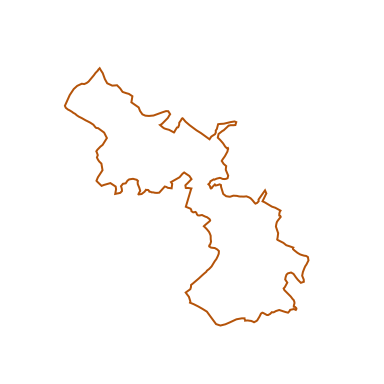 the district of Dikirnis, Ad Daqahliyah, Egypt, rotated 224°
{"feature_id": "37247803B48136170412055", "entity_name": "Dikirnis", "entity_type": "district", "adm_level": 2, "iso_a3": "EGY", "parent_name": "Egypt", "parent_adm1": "Ad Daqahliyah", "projection": "equal_earth", "projection_center": [31.667, 31.093], "detail": "fine", "context": "isolated", "style": "outline", "palette": "amber", "viewbox_px": 384, "rotation_deg": 224, "n_neighbors": 0, "source": "geoboundaries", "source_scale": "gbopen_adm2", "svg_char_len": 5658}
<svg xmlns="http://www.w3.org/2000/svg" viewBox="0 0 384 384"><g transform="rotate(224 192 192)"><path d="M344.4,216.9L344.4,214.9L344.1,214.1L344.1,212.5L344.1,210.6L343.7,207.8L343.1,199.5L343.5,197.2L344.5,194.8L346.5,193.3L348.3,188.6L348.6,183.9L347.3,176.8L343.9,167.4L343.3,165.7L341.3,164.9L338.2,165.2L337.2,165.6L335.5,166.0L333.5,166.4L332.8,166.4L330.1,167.1L328.4,167.1L325.7,167.6L322.6,168.6L318.2,169.7L316.7,170.2L313.4,171.2L309.7,171.9L306.6,171.5L305.6,171.5L304.9,171.9L303.9,172.7L296.5,173.7L295.3,173.3L293.1,172.5L290.7,171.7L289.0,163.8L289.4,161.1L289.4,158.7L289.4,156.7L289.1,154.8L288.1,154.4L285.4,153.1L284.4,150.8L282.3,150.0L280.0,149.5L276.9,149.5L271.5,145.5L269.9,137.2L268.8,134.4L268.5,133.7L267.5,133.6L264.1,133.6L262.1,133.6L261.3,133.6L260.3,135.8L256.9,141.7L250.7,142.9L248.5,141.2L245.9,137.3L244.4,139.5L244.0,140.0L243.0,141.6L243.0,143.2L243.0,143.9L243.7,144.7L244.7,145.5L246.0,146.3L247.1,146.8L247.4,149.9L245.7,152.2L246.3,155.4L246.0,157.0L246.0,157.4L243.6,160.5L240.2,162.4L239.4,162.4L238.5,162.4L238.2,161.6L236.5,160.0L232.8,158.4L230.0,156.8L229.7,155.6L229.6,155.0L229.0,153.2L228.7,153.2L226.8,155.6L226.8,156.0L226.3,159.1L226.6,161.4L226.3,161.4L225.9,162.2L224.9,163.0L223.9,163.0L222.9,162.6L221.9,163.4L220.8,163.7L220.5,164.0L219.5,164.9L218.1,165.7L216.4,167.2L215.1,168.8L215.4,177.0L214.0,177.8L212.3,178.2L209.2,180.5L211.9,184.1L214.0,184.5L211.2,193.9L211.5,198.6L211.2,200.6L208.8,201.0L208.3,201.1L205.0,201.7L201.3,200.9L201.3,199.2L201.3,195.0L201.4,193.4L201.4,192.2L199.3,190.6L198.7,191.0L197.6,192.2L194.9,194.1L194.6,193.3L186.2,177.1L185.9,177.2L181.4,179.0L180.1,178.6L179.0,177.8L177.0,178.2L176.7,178.6L175.6,180.1L174.6,180.1L173.6,179.7L172.9,179.3L171.6,179.3L170.5,180.1L168.8,182.4L167.2,182.9L165.4,183.5L163.7,184.3L160.7,184.7L159.3,184.3L159.0,183.5L159.4,179.5L159.7,176.4L159.7,175.6L158.4,175.6L156.3,175.6L155.0,175.5L151.9,175.1L149.9,174.3L148.2,173.5L145.8,171.1L143.8,169.5L142.8,167.5L142.4,166.4L142.5,165.6L141.8,164.8L139.7,165.2L137.7,166.7L136.7,167.5L134.0,168.2L131.6,168.2L129.9,166.2L128.9,163.8L127.9,160.7L127.6,158.3L127.4,157.3L127.2,156.4L126.2,152.0L126.2,148.5L126.4,147.3L126.6,145.7L126.3,144.5L126.6,141.8L126.8,139.0L127.0,135.5L127.0,135.0L127.8,126.8L128.1,124.5L126.7,122.9L125.7,120.9L126.7,115.3L125.0,115.0L121.7,114.5L121.3,114.4L118.2,112.7L117.2,112.2L116.6,111.0L112.8,112.5L108.0,114.0L103.3,115.2L98.2,116.3L93.1,115.4L82.9,113.7L79.8,115.2L78.8,115.7L76.1,120.0L74.3,124.3L71.6,131.3L68.5,135.6L66.5,137.6L66.1,137.2L64.8,136.8L64.4,136.4L64.1,136.8L62.7,138.3L61.0,139.5L60.0,140.3L58.3,141.0L56.9,141.4L56.4,142.9L56.2,143.4L55.9,144.9L56.9,149.3L57.9,152.4L57.6,154.0L56.9,154.4L55.5,154.8L52.8,155.5L51.8,156.3L51.1,158.6L51.1,161.0L50.4,161.4L49.7,162.2L49.4,163.0L49.0,164.5L47.3,167.7L45.9,168.4L44.7,169.0L44.2,169.2L41.4,170.6L39.1,171.9L39.1,172.3L39.1,173.9L39.5,175.4L37.4,178.6L35.4,179.3L35.7,180.5L36.4,180.9L38.1,180.9L39.1,180.2L39.8,181.0L41.1,183.3L42.1,184.1L43.8,184.9L45.2,184.9L48.3,185.4L57.4,185.6L59.1,186.3L59.1,187.9L60.5,193.0L64.2,193.8L65.5,195.8L66.6,198.2L66.6,198.7L66.5,200.1L64.8,202.9L62.1,203.6L60.5,203.3L58.0,202.8L55.0,202.4L50.6,202.3L49.9,203.7L49.2,205.1L50.9,206.7L51.9,207.1L54.6,208.3L56.6,211.4L58.3,215.4L59.0,217.4L59.3,219.3L60.7,223.7L63.4,225.7L65.4,225.3L65.9,225.0L67.1,224.1L69.2,223.0L70.9,222.2L73.9,221.5L78.0,221.1L79.0,221.1L79.7,221.1L80.7,221.9L80.7,222.3L84.4,220.6L87.2,219.2L90.9,218.9L97.1,217.0L97.7,217.0L98.3,217.9L98.7,218.6L101.4,222.2L101.5,222.2L101.6,222.3L107.6,225.4L109.0,227.4L109.2,227.8L109.6,228.4L110.2,229.7L110.5,231.7L110.9,235.7L111.9,236.1L112.9,235.7L114.0,236.9L114.5,237.7L115.0,238.5L115.4,240.1L121.2,238.5L124.3,237.0L132.5,235.1L134.8,234.3L137.2,241.5L137.5,242.6L140.6,243.9L138.9,232.8L137.6,231.6L137.6,229.3L138.3,227.7L139.6,227.7L142.7,228.1L145.4,228.2L147.1,227.8L149.8,226.7L151.5,224.7L154.9,221.6L157.0,220.4L158.3,219.3L159.3,218.4L159.7,218.1L160.7,216.2L161.1,215.4L161.8,214.6L164.5,212.7L167.1,212.4L168.2,212.3L174.7,215.9L176.0,217.1L177.4,216.7L178.4,214.8L179.4,213.2L180.8,213.3L180.8,209.7L180.5,208.5L180.8,207.7L181.8,207.8L182.8,208.6L184.5,209.0L185.6,209.0L185.5,210.9L186.2,212.5L185.2,216.1L184.5,216.4L183.5,218.8L181.8,221.5L181.1,221.9L179.0,222.7L177.7,223.8L176.7,225.0L176.0,226.6L177.3,228.9L183.1,231.4L184.1,232.6L185.4,234.4L188.8,234.2L191.7,234.9L192.2,235.0L192.6,236.6L192.9,238.6L193.2,240.6L194.6,245.7L195.6,247.3L195.9,248.1L196.8,248.6L197.3,247.7L199.6,247.7L203.4,248.6L208.1,249.0L210.2,249.0L211.2,249.0L213.2,252.2L212.5,257.3L212.1,258.1L211.8,263.6L211.8,264.4L211.8,265.2L211.4,265.6L210.7,266.8L208.7,268.7L207.3,270.3L208.7,273.0L210.4,272.3L212.8,269.1L216.5,263.3L219.3,260.2L220.3,258.9L217.9,254.6L217.6,252.7L216.3,251.5L215.6,249.5L216.3,246.7L216.6,245.2L216.3,243.6L216.0,242.1L216.6,242.0L224.4,240.9L226.5,240.6L231.6,239.5L240.1,238.4L245.5,238.1L249.2,238.5L250.0,238.5L250.3,237.7L249.9,236.6L249.6,235.0L249.3,233.0L247.9,231.4L246.9,229.0L247.6,227.9L246.9,224.7L246.3,222.7L246.3,222.3L251.7,220.8L254.4,219.3L256.1,218.5L257.8,218.2L261.5,218.0L261.2,218.6L260.9,220.6L260.8,228.4L261.2,230.0L261.5,231.2L261.8,232.8L265.2,233.6L266.9,232.1L268.6,228.9L272.8,220.3L275.8,216.8L278.6,214.5L281.6,213.4L285.7,214.2L289.1,215.8L297.9,214.4L301.4,219.5L302.5,219.3L305.2,218.8L305.6,218.7L308.0,217.4L311.2,215.9L311.5,215.8L312.7,216.0L315.5,216.6L320.1,216.7L321.2,215.4L323.3,213.1L324.2,212.8L328.5,211.3L331.8,212.3L333.1,212.7L338.8,215.5L339.3,215.6L342.8,216.4L343.3,216.6L344.4,216.9Z" fill="none" stroke="#b45309" stroke-width="2"/></g></svg>